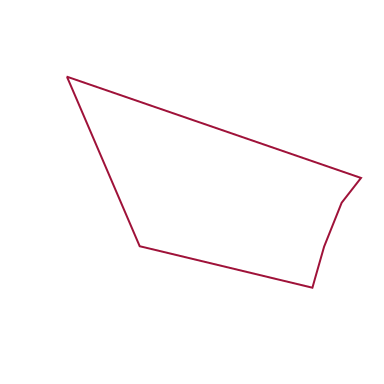 the district of 38, Ar Rayyān, Qatar, rotated 19°
{"feature_id": "91078587B93924165383207", "entity_name": "38", "entity_type": "district", "adm_level": 2, "iso_a3": "QAT", "parent_name": "Qatar", "parent_adm1": "Ar Rayyān", "projection": "albers", "projection_center": [51.491, 25.288], "detail": "fine", "context": "isolated", "style": "outline", "palette": "rose", "viewbox_px": 384, "rotation_deg": 19, "n_neighbors": 0, "source": "geoboundaries", "source_scale": "gbopen_adm2", "svg_char_len": 328}
<svg xmlns="http://www.w3.org/2000/svg" viewBox="0 0 384 384"><g transform="rotate(19 192 192)"><path d="M40.6,128.5L57.5,147.1L160.2,260.3L337.0,243.3L337.0,242.9L336.5,234.3L334.7,200.6L337.0,153.4L347.1,124.0L347.2,123.7L170.0,123.7L36.8,123.7L36.8,124.4L40.6,128.5Z" fill="none" stroke="#9f1239" stroke-width="2"/></g></svg>